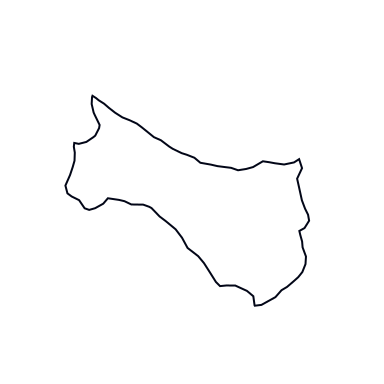 Yardymli District, Yardımlı, Azerbaijan, rotated 241°
{"feature_id": "54616110B63590673188827", "entity_name": "Yardymli District", "entity_type": "district", "adm_level": 2, "iso_a3": "AZE", "parent_name": "Azerbaijan", "parent_adm1": "Yardımlı", "projection": "albers", "projection_center": [48.274, 38.907], "detail": "fine", "context": "isolated", "style": "outline", "palette": "ink", "viewbox_px": 384, "rotation_deg": 241, "n_neighbors": 0, "source": "geoboundaries", "source_scale": "gbopen_adm2", "svg_char_len": 1373}
<svg xmlns="http://www.w3.org/2000/svg" viewBox="0 0 384 384"><g transform="rotate(241 192 192)"><path d="M292.0,112.8L288.9,110.6L283.3,108.6L276.3,104.4L271.6,99.7L266.0,93.6L259.0,84.4L251.2,82.4L246.4,84.6L239.6,89.3L229.8,90.2L226.2,93.4L224.8,99.4L224.8,102.8L224.8,108.7L227.3,115.4L220.5,124.3L216.7,128.5L210.5,132.9L204.6,143.2L199.8,147.4L197.6,148.8L186.3,151.8L179.3,154.9L167.3,159.6L156.8,161.1L145.2,161.0L132.9,166.3L124.0,168.0L112.9,168.7L101.7,169.3L96.1,170.9L93.6,176.7L89.2,184.5L82.4,189.5L78.9,192.1L71.1,195.1L62.6,191.8L62.1,191.8L59.6,198.0L59.6,205.7L59.6,214.0L62.7,222.7L62.9,229.1L64.6,237.4L66.0,243.6L68.5,249.7L73.9,256.3L80.3,260.4L90.0,261.9L95.3,264.3L102.0,265.9L105.9,267.0L105.9,272.9L110.1,280.5L115.9,282.5L122.6,282.8L131.5,284.1L143.2,287.6L152.7,290.4L159.5,299.8L168.8,301.6L168.4,295.6L171.4,285.9L176.9,278.5L180.6,274.0L184.5,268.9L184.2,257.5L185.9,250.5L188.7,242.8L194.2,237.9L197.6,233.2L202.3,226.8L206.8,221.8L213.5,213.5L220.8,210.7L227.1,205.5L231.0,201.8L239.1,196.1L242.8,194.1L252.3,189.9L258.4,185.3L273.0,179.4L278.6,176.9L285.3,172.0L291.0,167.3L298.6,163.2L305.9,160.1L311.9,157.9L317.4,154.9L320.7,153.6L324.4,151.6L323.5,150.6L317.6,146.9L309.2,144.5L306.8,144.3L295.4,143.7L292.9,141.7L288.2,134.7L287.8,132.5L287.0,123.9L289.0,116.3L292.0,112.8Z" fill="none" stroke="#020617" stroke-width="2"/></g></svg>